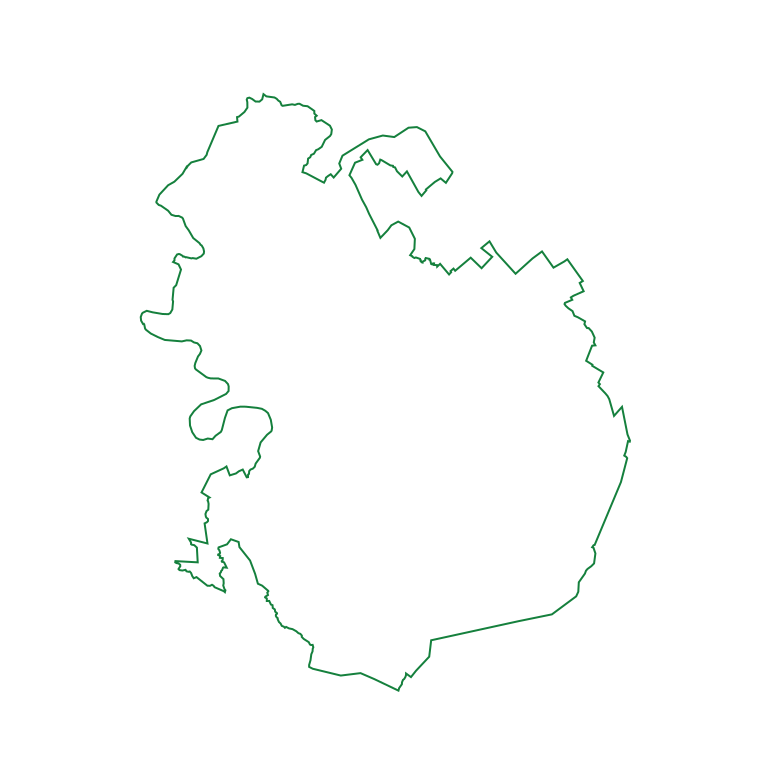 Acala, Chiapas, Mexico, rotated 171°
{"feature_id": "50627088B13121801882345", "entity_name": "Acala", "entity_type": "district", "adm_level": 2, "iso_a3": "MEX", "parent_name": "Mexico", "parent_adm1": "Chiapas", "projection": "mercator", "projection_center": [-92.809, 16.528], "detail": "fine", "context": "isolated", "style": "outline", "palette": "green", "viewbox_px": 768, "rotation_deg": 171, "n_neighbors": 0, "source": "geoboundaries", "source_scale": "gbopen_adm2", "svg_char_len": 6154}
<svg xmlns="http://www.w3.org/2000/svg" viewBox="0 0 768 768"><g transform="rotate(171 384 384)"><path d="M457.7,689.1L459.8,684.2L462.8,682.4L466.7,683.1L469.6,686.1L472.2,687.9L474.2,687.7L475.1,686.3L474.9,683.8L475.7,678.3L479.3,674.5L485.5,670.8L487.4,670.6L487.7,666.1L507.1,664.8L522.3,640.5L523.3,638.1L527.0,634.5L539.7,633.0L543.6,630.2L544.9,628.7L545.1,629.2L550.1,623.1L559.4,616.6L566.1,614.1L576.2,606.2L580.3,599.7L580.4,598.8L578.5,596.1L576.4,595.0L570.1,588.9L567.5,584.4L563.6,582.5L560.5,582.1L557.3,579.9L556.7,578.8L555.2,571.0L552.8,566.3L549.6,558.0L544.2,552.0L543.4,550.2L542.4,549.3L541.2,546.2L541.0,543.1L541.6,541.0L544.4,538.8L549.7,537.1L553.3,538.3L554.6,538.2L559.5,540.2L560.1,540.1L561.2,541.0L562.6,541.3L562.8,542.0L565.3,544.1L566.2,544.5L568.1,544.3L571.3,540.8L571.6,538.9L573.2,537.5L568.2,534.3L566.6,528.8L573.8,514.1L576.7,512.0L579.7,500.2L579.4,498.6L581.4,490.7L584.0,487.5L586.1,486.7L591.8,487.8L601.3,491.0L606.9,493.4L611.1,492.1L612.0,491.4L613.8,488.2L614.0,484.6L612.6,480.9L611.8,481.0L611.5,480.4L611.3,476.1L610.6,474.8L606.4,470.3L600.1,465.8L593.6,461.8L577.0,457.7L572.1,458.0L567.8,457.1L565.2,454.8L561.9,453.4L559.8,450.3L559.1,445.7L561.1,442.5L563.4,440.3L567.1,434.2L568.2,431.5L568.2,429.1L567.6,427.9L558.4,418.6L556.9,417.7L554.2,416.6L546.8,415.4L540.5,411.9L538.1,408.3L537.8,405.9L538.6,401.4L541.5,398.9L554.2,394.8L567.8,392.5L575.9,386.9L580.4,382.3L581.3,380.4L582.1,373.3L580.9,366.3L578.1,360.3L574.9,358.0L571.4,357.0L566.6,357.7L562.0,356.3L558.5,359.2L552.5,362.3L551.3,364.1L546.4,375.4L542.6,382.4L538.0,383.9L529.4,384.1L524.1,383.2L513.1,380.3L508.5,378.6L505.4,376.1L503.1,373.4L501.4,366.4L501.3,358.5L502.3,355.5L502.9,354.8L507.4,352.2L515.0,345.6L518.8,337.4L517.7,331.7L518.1,330.6L523.2,325.5L524.6,322.5L526.8,320.9L529.2,320.4L530.8,319.0L531.4,316.4L532.4,315.8L532.9,313.3L534.2,313.3L536.9,321.6L541.0,320.5L544.2,318.8L550.6,317.9L552.5,327.2L555.4,325.8L569.3,321.9L581.2,305.4L574.1,299.2L575.5,298.8L576.5,296.4L576.1,295.8L576.0,293.0L577.2,287.4L579.2,286.2L580.7,283.5L580.7,280.8L580.3,279.7L579.0,278.3L579.1,276.9L579.4,276.0L580.7,275.1L583.0,274.4L583.3,254.1L601.0,261.7L599.4,257.7L599.6,255.9L599.1,255.4L596.6,254.5L594.4,251.7L595.9,237.0L617.7,241.7L618.1,240.5L617.0,239.6L615.0,238.9L613.6,237.4L613.7,235.9L615.9,233.4L615.1,232.2L612.3,231.3L609.1,231.5L608.4,229.9L606.4,229.1L605.2,229.2L604.1,227.5L603.4,224.2L602.3,221.9L599.4,222.6L590.0,212.4L587.4,211.9L585.3,212.6L583.9,211.4L583.1,209.8L574.6,204.4L573.7,203.3L572.9,205.1L573.6,206.2L574.3,210.1L573.5,212.3L573.1,216.4L575.9,220.0L575.9,222.5L574.6,223.5L574.0,224.9L573.1,225.4L571.7,227.8L571.1,228.0L568.1,227.2L569.7,232.4L570.1,233.1L571.9,233.8L572.0,234.4L570.9,235.3L570.5,237.3L573.3,238.0L572.7,239.7L574.6,241.1L574.4,241.6L572.8,242.0L572.3,242.9L572.6,245.5L573.4,246.9L573.3,247.7L572.9,248.5L564.1,250.2L559.5,254.6L552.3,250.7L552.3,245.5L543.9,230.6L541.0,216.6L539.8,206.5L535.9,203.9L530.7,197.8L530.7,197.3L531.9,196.2L531.6,193.7L534.5,192.5L534.8,191.8L533.3,190.5L533.7,188.0L531.3,187.7L530.2,183.9L528.7,183.0L528.9,180.2L527.1,178.4L527.1,176.2L525.6,174.5L525.6,173.9L526.8,173.1L527.1,171.9L526.5,170.3L525.6,169.3L525.8,168.3L525.0,165.4L523.6,163.6L522.8,161.1L520.9,160.0L520.0,158.7L518.7,159.4L516.1,157.5L512.7,156.2L509.3,153.5L507.5,151.3L505.7,150.3L504.5,148.4L504.8,147.1L503.2,144.8L498.7,140.8L497.9,138.3L496.9,137.6L495.3,137.5L495.0,135.0L495.8,133.7L496.4,131.1L498.1,128.4L499.8,122.7L501.9,118.2L502.2,116.3L498.9,113.9L472.3,102.8L452.4,102.1L439.8,94.1L417.7,78.9L416.6,81.3L413.3,84.7L412.9,86.5L411.6,88.7L410.1,89.6L408.7,91.3L407.8,93.0L407.5,94.6L403.2,90.3L397.2,95.8L382.0,107.6L377.5,123.5L288.1,128.7L254.2,130.2L227.4,144.2L224.6,148.4L222.6,157.7L215.2,165.3L213.7,168.0L211.9,169.5L207.8,171.6L204.6,173.9L201.7,183.6L202.7,189.5L203.9,190.2L202.2,192.0L201.1,192.1L165.3,250.1L155.4,272.7L156.2,274.2L157.9,275.7L155.9,279.1L151.9,289.4L150.3,288.6L149.9,289.5L151.4,296.1L152.5,324.2L161.8,316.5L163.9,333.8L165.1,337.2L166.9,340.2L172.5,348.3L170.8,350.1L172.0,351.9L165.6,361.1L175.5,369.4L175.1,370.4L180.7,375.3L172.5,389.3L169.2,389.1L170.3,392.3L168.7,396.8L170.5,403.3L173.1,407.2L174.7,407.5L175.1,408.2L176.7,411.7L175.6,414.4L182.1,419.6L185.3,421.6L186.4,426.5L190.0,429.9L192.3,432.8L193.2,434.7L192.6,435.8L184.9,437.7L185.9,440.3L183.1,441.5L172.3,444.4L174.9,453.2L171.5,454.6L183.4,478.5L186.8,476.8L198.4,472.4L207.2,490.2L217.6,484.8L236.8,472.3L252.6,496.3L257.5,508.4L266.6,503.0L257.2,492.7L269.5,483.1L278.6,495.2L296.0,484.7L297.3,487.1L300.6,485.1L300.2,483.9L302.6,482.0L309.8,493.9L313.1,491.6L313.0,493.1L316.2,493.8L315.7,495.3L316.6,495.5L317.9,494.7L318.6,495.1L319.1,499.7L319.7,499.7L319.8,500.6L323.1,501.9L323.6,501.3L324.0,499.7L326.7,498.8L326.9,497.9L327.6,498.2L328.6,499.5L328.3,500.3L328.7,500.5L328.8,501.9L332.7,504.0L334.3,503.7L336.0,505.2L336.1,505.8L338.0,507.1L332.9,512.5L330.8,522.6L334.6,534.6L344.6,542.2L351.9,539.6L356.3,535.3L364.7,528.9L366.6,536.5L366.3,536.7L372.1,554.4L373.9,561.3L376.9,569.6L381.0,585.2L383.8,592.6L385.5,595.6L378.0,607.1L370.3,608.8L371.6,611.6L363.6,617.6L357.4,602.3L356.1,601.6L354.3,602.8L352.6,606.2L351.4,605.5L343.5,598.9L341.0,598.1L340.9,596.9L339.2,596.2L337.9,592.1L333.5,586.1L328.1,590.4L320.0,568.3L317.5,563.9L311.9,568.7L312.2,569.6L302.2,575.6L295.9,578.2L291.4,573.0L283.7,581.5L283.2,582.8L293.1,600.0L303.7,627.1L311.3,632.6L319.7,633.3L335.2,626.3L346.3,629.6L360.7,628.0L389.3,616.0L393.7,608.8L392.6,603.3L401.4,595.8L403.8,599.5L406.5,598.3L409.0,596.9L409.8,594.8L411.8,592.2L427.8,604.2L431.4,606.0L428.8,612.2L426.7,612.4L425.0,613.8L423.7,618.5L421.4,619.5L420.1,621.6L417.2,622.4L414.5,625.6L412.3,626.1L408.4,628.0L404.0,634.3L398.5,637.4L397.0,639.1L395.7,643.5L397.0,647.6L404.5,654.4L409.5,653.8L410.5,655.3L410.4,657.9L410.3,658.5L408.5,659.5L410.5,662.0L410.1,664.6L416.0,670.3L420.4,671.5L423.6,674.0L425.3,674.2L428.3,673.6L431.0,674.6L440.6,674.6L441.5,675.3L442.4,679.0L444.0,680.4L445.4,682.5L447.3,684.1L455.2,686.5L457.7,689.1Z" fill="none" stroke="#15803d" stroke-width="2"/></g></svg>